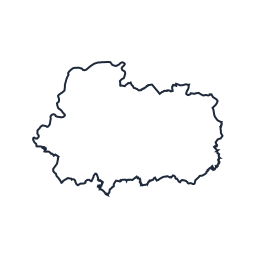 Huautla, Hidalgo, Mexico, rotated 251°
{"feature_id": "50627088B43325373154771", "entity_name": "Huautla", "entity_type": "district", "adm_level": 2, "iso_a3": "MEX", "parent_name": "Mexico", "parent_adm1": "Hidalgo", "projection": "orthographic", "projection_center": [-98.258, 21.039], "detail": "fine", "context": "isolated", "style": "outline", "palette": "slate", "viewbox_px": 256, "rotation_deg": 251, "n_neighbors": 0, "source": "geoboundaries", "source_scale": "gbopen_adm2", "svg_char_len": 5719}
<svg xmlns="http://www.w3.org/2000/svg" viewBox="0 0 256 256"><g transform="rotate(251 128 128)"><path d="M73.6,205.6L74.7,205.0L75.0,204.4L76.9,204.7L77.1,204.2L77.7,205.8L78.1,204.8L82.1,203.2L82.4,204.0L82.0,204.3L82.4,204.9L82.4,205.4L81.8,205.3L81.7,205.8L82.4,206.5L83.3,206.6L83.8,206.2L85.9,206.2L88.0,209.1L88.0,212.3L89.8,214.8L92.8,214.2L95.2,214.9L98.2,215.5L98.6,216.1L99.2,215.8L99.8,217.0L100.3,216.9L100.9,217.7L101.4,218.0L102.2,217.9L103.1,218.5L103.6,217.6L106.0,215.3L107.1,214.8L110.3,213.9L112.3,213.8L116.7,214.6L118.4,214.7L119.5,214.5L121.4,218.6L122.7,220.2L124.2,221.4L124.7,221.5L126.5,220.8L129.6,218.4L132.7,217.8L133.1,216.6L132.8,216.6L132.6,216.0L132.6,214.6L134.0,212.1L134.0,210.8L134.5,209.4L137.5,206.7L138.2,206.3L138.8,203.0L138.6,202.2L140.4,198.6L139.8,198.2L139.6,197.6L139.5,196.3L139.5,195.7L139.7,195.3L140.9,194.3L141.7,194.2L144.1,196.0L144.8,197.2L146.7,198.6L148.2,199.1L149.1,199.8L149.5,198.4L150.5,197.0L150.6,194.2L151.2,191.5L154.2,187.8L153.9,187.5L152.3,187.2L154.1,184.8L153.0,183.5L152.7,183.6L152.2,183.0L151.2,182.7L148.5,182.3L148.6,180.5L149.6,179.9L149.9,179.1L150.5,178.3L150.8,177.3L150.4,177.0L151.3,174.5L151.3,174.0L150.9,173.1L151.0,172.0L150.0,169.1L161.1,164.9L161.4,164.3L161.6,162.5L162.0,161.2L161.6,160.1L161.3,160.0L161.6,159.3L160.6,157.9L160.6,156.4L160.1,156.0L160.0,155.3L160.3,154.8L160.1,154.1L160.1,153.4L159.6,153.1L159.5,152.7L160.0,150.7L160.4,150.1L161.8,149.4L162.1,148.8L163.1,148.0L163.9,146.7L164.8,146.4L166.3,146.2L167.4,145.5L170.1,145.3L169.8,144.2L170.0,143.6L170.4,143.1L170.4,142.8L170.0,142.0L169.7,140.8L169.0,139.1L168.6,138.6L170.3,135.7L170.3,134.9L170.7,134.5L173.0,135.3L175.0,135.6L176.2,138.0L176.4,139.7L176.7,140.5L180.0,142.9L181.4,143.3L182.5,143.3L184.7,141.5L186.5,141.4L187.2,142.1L188.9,145.3L189.6,145.8L190.2,145.7L191.4,144.8L192.0,143.9L191.9,142.2L191.0,140.3L190.5,136.9L192.0,134.6L192.8,133.7L196.0,132.7L197.2,129.9L198.0,126.8L198.6,125.2L199.3,122.0L199.7,121.2L199.8,116.9L198.6,112.3L196.9,108.0L196.7,106.7L196.8,105.6L197.5,104.4L199.1,103.8L201.0,101.2L202.3,96.9L202.4,95.3L201.5,92.7L200.5,90.6L199.6,89.5L199.1,89.1L198.0,89.2L197.6,89.0L195.9,87.1L194.5,85.9L189.2,82.3L187.3,81.7L184.1,80.1L183.0,77.5L182.3,74.5L181.4,72.5L180.6,72.2L178.4,72.3L176.5,71.8L175.6,71.3L175.3,70.9L174.5,68.9L172.2,68.5L169.5,68.5L168.2,69.3L168.1,69.6L166.0,70.8L163.8,71.4L161.2,72.6L160.3,72.3L159.5,70.5L159.8,68.4L162.0,64.3L162.8,63.5L163.5,63.6L164.5,63.1L164.9,62.6L165.3,62.0L165.3,60.5L164.9,59.5L164.0,58.4L162.0,58.0L156.9,55.2L155.8,53.6L155.3,52.5L155.4,51.9L156.5,51.0L158.3,48.1L157.7,45.8L156.4,44.1L155.3,41.8L154.9,41.5L152.1,40.5L149.7,41.1L149.1,40.9L148.5,40.3L147.6,38.5L147.8,37.9L148.3,36.9L149.3,36.5L149.5,35.9L149.5,35.4L148.5,34.7L147.8,34.5L145.7,34.7L144.9,34.9L142.8,36.0L140.4,35.6L138.9,39.6L138.1,40.7L137.3,40.5L137.1,40.6L137.5,42.0L137.4,42.3L136.8,42.2L136.3,41.7L135.1,41.9L135.1,42.4L135.8,43.6L135.4,43.7L134.2,43.1L133.0,41.5L132.0,43.4L132.0,44.3L131.8,44.8L131.1,45.8L128.7,46.9L128.7,47.6L127.8,48.0L127.3,48.7L126.7,48.6L126.0,48.7L126.1,50.0L126.5,50.7L123.5,53.0L122.3,51.9L122.0,52.0L117.4,49.3L113.6,43.9L111.5,43.3L109.4,44.1L108.1,45.0L106.1,44.8L103.1,46.0L100.5,46.8L97.9,47.2L98.0,48.2L98.9,49.1L99.3,50.4L100.2,54.6L100.1,55.2L99.7,55.6L98.6,57.8L97.6,58.0L97.8,58.4L97.1,60.0L96.5,60.5L95.5,60.9L93.7,60.7L91.3,61.1L90.2,62.0L90.9,65.0L89.9,68.0L90.1,69.9L90.3,70.1L91.0,70.1L91.5,70.5L92.2,72.7L91.6,74.4L89.8,75.7L89.6,76.2L92.7,79.3L93.6,79.7L94.3,80.4L95.5,82.3L95.1,83.0L94.0,83.4L90.1,83.4L89.2,83.0L88.9,82.7L88.1,83.2L87.7,83.2L87.4,83.6L87.3,83.9L87.8,84.6L86.6,85.5L86.5,85.1L85.2,86.1L84.8,85.8L84.7,86.3L82.1,84.1L82.6,83.4L82.1,83.1L82.7,82.6L82.3,82.3L82.9,81.9L82.7,81.7L83.0,81.1L82.2,81.0L82.6,80.7L82.3,80.4L81.9,80.8L80.2,81.7L80.0,82.2L79.2,81.4L78.9,82.2L77.6,83.6L74.8,85.0L72.7,85.4L71.2,86.9L72.8,86.7L72.1,87.9L73.1,89.3L75.7,90.7L76.1,91.3L76.4,92.8L77.1,93.5L77.4,94.6L77.3,95.2L77.5,95.6L79.4,96.2L80.9,97.8L82.1,99.7L80.3,102.6L81.0,103.7L80.2,103.9L80.9,105.3L80.8,106.2L79.9,108.9L79.5,109.3L79.2,109.2L78.9,109.5L78.6,109.5L79.1,109.9L79.1,111.4L78.6,111.8L78.4,113.4L77.4,115.2L79.1,120.0L78.4,119.9L78.3,121.0L77.5,121.0L77.5,121.4L76.9,121.3L76.5,122.4L76.3,122.4L76.3,122.7L75.0,122.8L74.0,122.3L73.7,121.9L73.4,122.1L73.0,121.7L72.3,122.3L71.5,121.8L71.0,122.4L70.4,122.0L70.2,122.3L69.8,122.0L69.8,122.3L70.4,122.4L69.1,122.8L69.0,124.3L68.5,126.5L68.9,128.2L68.7,128.2L70.4,129.8L70.3,130.0L70.4,130.6L70.9,130.7L71.0,131.0L71.2,131.4L70.9,131.5L70.7,132.2L71.1,133.0L70.9,133.2L70.9,135.0L72.0,136.0L72.3,137.4L69.0,138.0L69.0,139.6L69.7,141.8L70.2,144.9L70.1,146.8L69.6,148.3L69.8,148.9L69.4,149.8L68.3,150.9L67.8,151.0L67.6,150.7L67.8,152.4L67.2,152.7L68.5,155.2L67.3,156.4L66.5,156.7L65.2,156.5L64.3,156.9L64.1,157.8L60.6,158.7L59.8,159.5L60.9,161.0L61.2,162.1L61.1,162.7L60.6,163.0L60.3,163.9L59.1,165.6L58.5,165.8L57.6,166.5L56.6,166.6L55.8,167.2L55.6,168.9L55.2,169.7L54.1,170.9L53.7,171.6L53.6,172.4L54.0,173.0L56.7,174.7L58.4,178.8L59.3,180.1L59.3,180.6L58.8,182.5L58.9,183.5L59.5,186.2L60.2,187.6L61.2,188.1L61.3,189.1L61.9,190.1L62.4,189.8L63.5,192.4L63.4,193.1L64.3,194.6L64.1,194.8L64.4,195.3L62.6,195.5L62.6,194.5L62.4,194.4L61.6,194.7L61.6,194.3L60.8,195.0L60.6,195.0L60.6,195.5L60.9,195.4L61.1,196.2L60.9,196.8L62.3,198.3L62.1,199.1L62.6,199.4L63.0,198.8L63.3,198.8L62.6,199.8L62.8,200.4L63.5,200.2L63.8,200.5L63.7,200.6L63.8,200.9L64.6,201.4L64.7,202.2L65.2,202.8L65.6,202.6L66.1,203.4L66.5,203.3L66.8,202.8L67.9,203.3L68.5,202.8L69.0,203.2L69.0,203.9L70.3,204.4L70.0,205.1L70.7,204.7L71.9,204.6L72.8,205.1L73.0,205.0L73.6,205.6Z" fill="none" stroke="#1e293b" stroke-width="2"/></g></svg>